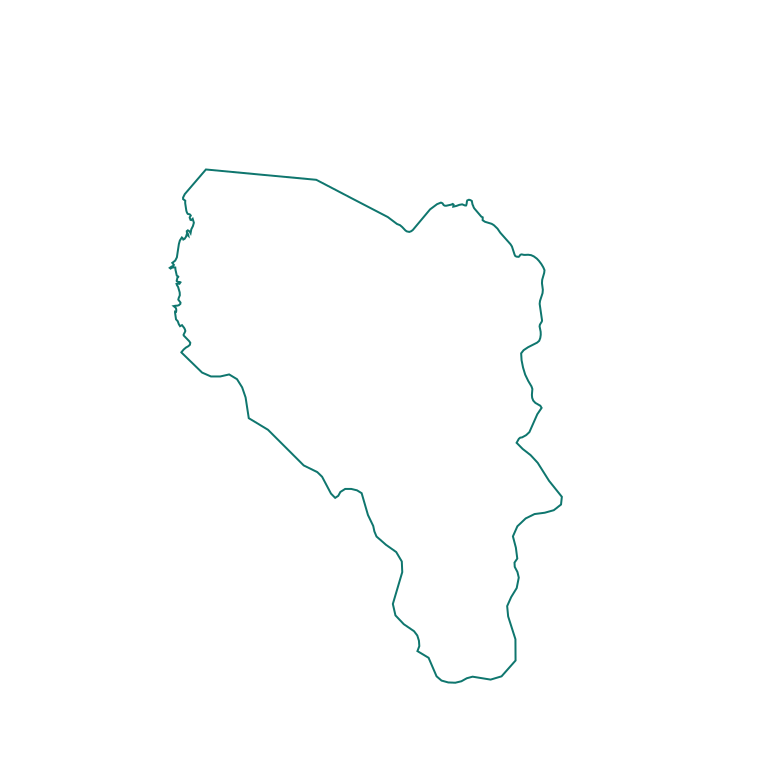 outline of Borno, rotated 308°
{"feature_id": "NGA-2839", "entity_name": "Borno", "entity_type": "State", "adm_level": 1, "iso_a3": "NGA", "parent_name": "Nigeria", "parent_adm1": "", "projection": "robinson", "projection_center": [13.296, 11.875], "detail": "fine", "context": "isolated", "style": "outline", "palette": "teal", "viewbox_px": 768, "rotation_deg": 308, "n_neighbors": 0, "source": "natural_earth", "source_scale": "10m", "svg_char_len": 3598}
<svg xmlns="http://www.w3.org/2000/svg" viewBox="0 0 768 768"><g transform="rotate(308 384 384)"><path d="M443.4,111.6L473.3,158.3L503.2,204.9L510.5,244.5L517.9,284.2L518.1,295.7L518.3,296.4L519.0,298.8L518.9,301.7L518.2,306.3L518.3,308.0L519.4,310.3L521.2,311.4L523.2,311.9L550.0,312.8L558.4,315.1L562.0,317.2L562.4,318.8L561.7,320.9L562.0,322.3L562.9,323.4L566.8,326.6L568.2,327.3L568.2,328.4L567.7,328.6L566.4,329.4L569.0,331.5L571.6,333.1L573.7,335.0L574.6,338.1L575.3,338.8L577.0,338.1L578.8,337.0L579.9,336.6L581.5,337.5L582.1,338.9L582.3,340.5L579.8,343.4L579.5,344.3L578.8,345.2L578.0,346.9L575.8,357.6L576.1,359.2L573.8,360.9L574.0,363.7L576.5,370.2L576.7,371.8L576.8,372.9L576.3,377.8L574.8,382.5L572.0,397.7L571.1,400.2L566.3,407.3L565.7,408.6L565.9,409.9L567.0,411.7L567.6,412.0L569.8,411.9L570.8,412.6L571.3,413.5L571.8,414.6L572.5,415.6L574.6,418.0L576.1,420.6L576.8,423.5L576.9,427.3L576.4,430.4L575.4,434.1L574.0,437.7L572.5,440.4L570.2,441.8L563.5,444.5L560.7,446.4L556.0,451.2L553.2,453.0L545.5,455.8L543.0,457.3L531.4,469.4L530.4,469.9L526.8,470.3L525.2,471.1L521.6,475.3L519.3,477.2L516.5,478.8L513.6,479.7L510.9,479.2L501.7,474.9L496.6,473.2L492.6,473.2L487.5,477.7L482.6,483.4L478.3,489.5L475.2,495.8L472.9,501.7L471.4,504.0L466.4,507.3L464.3,509.3L462.8,511.8L462.3,514.9L463.1,520.6L462.2,522.9L454.6,523.4L435.6,528.2L431.2,527.5L427.0,525.7L425.6,524.4L423.8,524.0L419.3,524.7L418.2,533.2L418.2,543.4L416.5,553.7L409.3,573.7L404.6,593.6L398.0,597.7L389.1,595.5L381.5,589.9L374.2,582.7L365.3,578.4L354.0,576.7L343.3,579.4L336.2,588.7L328.5,596.5L323.6,596.8L320.4,599.6L318.0,604.9L314.4,609.4L304.9,614.2L294.4,615.4L284.8,617.8L277.3,624.9L263.8,644.7L247.1,657.9L226.0,656.6L216.7,650.0L207.9,634.0L203.1,630.4L197.4,628.0L192.5,624.1L188.4,618.4L185.7,611.9L186.0,605.4L195.7,587.7L194.1,574.8L199.2,573.2L203.2,569.6L206.3,565.1L207.7,559.9L206.9,547.5L208.7,535.5L216.1,526.4L247.0,514.2L255.1,507.3L259.1,497.1L258.5,484.6L259.2,472.0L261.9,467.2L265.5,462.9L270.9,452.0L284.2,433.6L283.6,428.2L281.2,422.9L277.4,418.0L272.1,416.1L267.7,416.8L264.2,415.6L265.0,409.7L272.8,392.3L273.5,385.7L270.4,370.9L276.5,320.8L273.8,298.5L288.2,283.2L294.0,274.3L297.3,265.2L296.2,256.1L289.1,250.3L283.4,243.0L281.0,233.6L284.1,205.1L284.2,204.8L287.8,204.9L290.8,205.5L293.2,206.5L295.4,206.9L297.2,206.0L297.8,204.2L298.9,196.3L299.5,195.7L302.5,195.1L303.5,194.8L304.5,193.4L305.2,191.9L306.0,188.6L304.0,187.7L304.8,185.5L306.5,182.8L306.9,180.3L311.7,175.3L312.4,174.8L312.8,175.7L313.7,175.3L314.6,174.6L315.5,173.6L315.8,172.7L315.9,170.3L317.3,171.5L318.4,172.8L319.7,173.8L321.7,174.2L322.9,173.5L323.8,170.0L325.3,169.3L328.2,168.5L330.4,166.6L333.7,162.0L334.6,159.6L334.8,159.5L335.2,158.9L335.9,159.6L336.7,160.6L337.0,161.1L338.8,161.0L338.7,160.4L337.9,159.3L337.4,157.5L337.8,157.0L339.5,156.3L340.1,155.9L340.4,155.8L341.5,156.0L341.9,155.9L342.0,155.5L341.8,154.3L341.9,153.9L345.6,149.4L347.3,147.8L346.5,146.6L345.6,145.7L344.7,145.1L343.6,144.8L343.6,143.7L345.7,144.3L347.3,145.2L348.5,145.1L349.1,142.6L352.7,143.5L356.3,142.8L368.0,136.2L371.4,134.8L375.0,134.5L375.0,135.4L374.3,136.9L375.7,137.5L378.2,137.3L380.3,136.5L380.4,137.1L380.3,138.7L381.3,137.6L382.3,135.1L383.0,134.5L384.3,134.8L384.5,136.0L384.3,137.5L383.8,138.7L387.3,136.9L390.8,136.2L394.0,134.9L396.4,131.5L394.5,131.2L394.2,130.5L395.5,128.4L396.0,128.2L396.9,128.2L397.8,128.0L398.1,126.8L397.9,126.0L397.3,124.9L397.3,124.3L398.0,122.8L398.9,121.5L404.1,116.0L406.1,114.5L406.0,111.9L407.2,110.9L411.0,110.1L443.4,111.6Z" fill="none" stroke="#0f766e" stroke-width="2"/></g></svg>